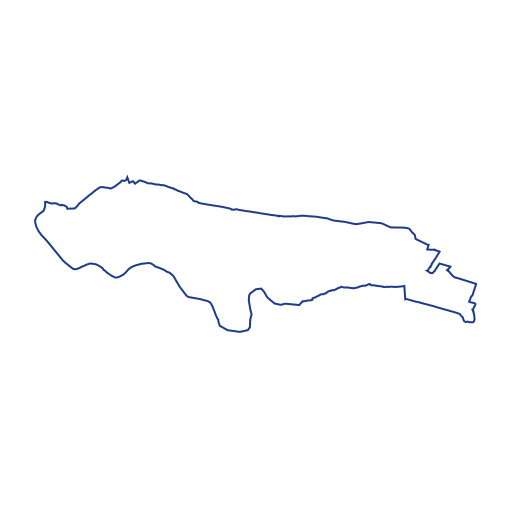 Bralostita, Dolj, Romania, rotated 172°
{"feature_id": "2599482B80334443229392", "entity_name": "Bralostita", "entity_type": "district", "adm_level": 2, "iso_a3": "ROU", "parent_name": "Romania", "parent_adm1": "Dolj", "projection": "mercator", "projection_center": [23.509, 44.502], "detail": "fine", "context": "isolated", "style": "outline", "palette": "blue", "viewbox_px": 512, "rotation_deg": 172, "n_neighbors": 0, "source": "geoboundaries", "source_scale": "gbopen_adm2", "svg_char_len": 5979}
<svg xmlns="http://www.w3.org/2000/svg" viewBox="0 0 512 512"><g transform="rotate(172 256 256)"><path d="M457.3,338.9L457.5,336.7L457.9,334.7L458.3,333.6L458.8,332.6L459.1,331.9L459.7,331.0L460.0,330.5L460.6,330.0L465.2,327.5L467.6,325.7L469.7,322.4L470.0,319.6L469.3,315.0L467.7,310.5L466.6,308.6L466.0,307.2L461.1,300.3L458.5,296.0L447.5,277.9L446.6,277.1L445.5,275.5L444.2,274.3L443.0,272.9L440.0,269.8L439.3,269.1L438.8,268.7L437.6,268.2L436.2,268.0L435.0,268.1L432.5,268.7L429.7,269.7L427.1,270.3L425.9,270.8L422.5,271.5L420.7,271.6L419.4,271.1L419.0,271.1L418.2,270.9L417.8,270.7L416.3,270.3L415.3,269.8L414.8,269.5L413.6,268.7L412.4,267.7L411.3,266.9L409.5,265.0L409.1,264.3L409.1,263.7L407.3,262.2L406.0,260.3L404.4,259.0L402.0,256.7L398.8,254.5L397.6,254.1L395.9,254.1L394.0,254.6L390.3,255.9L389.1,256.6L386.6,258.4L384.1,260.6L381.6,262.0L380.3,262.5L376.4,263.5L375.1,263.7L373.8,263.7L372.3,264.1L369.9,264.2L363.9,264.0L362.1,263.7L361.6,263.5L360.6,262.9L359.0,261.6L357.1,259.6L351.6,256.7L350.8,256.1L349.2,255.3L347.7,253.9L347.3,253.5L345.9,252.5L343.8,251.5L342.5,249.8L342.3,249.8L340.8,247.9L340.1,246.6L338.2,241.8L337.2,239.5L336.5,237.6L335.9,236.3L330.4,226.4L329.0,225.1L328.1,224.6L318.2,221.4L316.0,220.6L314.3,219.7L310.3,218.2L308.1,216.6L307.2,215.1L306.1,212.0L304.6,205.9L304.1,203.3L303.5,201.3L303.1,199.9L302.3,198.3L302.4,197.1L302.2,195.0L301.5,191.9L294.5,186.5L282.5,183.1L274.5,183.7L272.0,186.2L270.5,194.0L268.5,199.0L269.1,204.1L269.3,213.1L268.2,218.2L266.8,219.8L260.7,223.1L255.4,223.0L253.2,219.8L250.8,213.9L247.7,210.1L244.2,206.4L238.4,204.2L233.6,204.7L220.0,201.4L216.2,204.7L215.6,204.4L215.0,204.6L213.9,204.5L211.3,204.7L207.4,204.5L206.7,204.6L206.2,204.8L206.1,206.0L205.4,206.4L204.6,206.6L203.0,206.7L202.8,206.9L201.8,207.3L201.6,207.4L199.4,208.0L199.1,208.2L198.5,208.3L197.8,208.8L197.3,208.9L195.8,209.0L194.4,208.7L193.1,209.3L192.8,209.4L191.9,209.3L191.6,209.7L191.1,209.9L190.7,210.2L190.3,210.3L190.1,210.6L189.5,210.8L188.4,211.1L187.8,211.1L187.2,211.4L186.5,211.1L186.1,211.2L185.8,211.4L185.3,211.6L184.2,211.4L183.8,211.2L183.4,211.2L182.8,211.5L181.2,212.0L180.9,212.3L180.2,212.3L179.5,212.8L178.8,212.8L178.3,213.0L178.0,212.9L176.7,213.3L176.2,213.7L175.9,213.7L174.8,213.1L171.6,212.2L170.4,212.3L166.0,211.0L165.4,211.0L163.9,210.4L163.2,210.5L159.5,210.7L157.3,211.4L153.4,211.7L152.0,211.3L148.6,212.3L147.5,212.5L146.9,212.1L146.8,211.7L146.5,211.2L144.9,210.8L144.0,210.8L143.0,210.3L142.3,210.3L141.2,209.8L140.2,209.6L134.9,208.1L134.2,207.8L133.9,207.4L133.5,207.3L131.1,207.4L129.2,206.9L126.7,206.9L124.4,206.4L123.3,206.1L120.7,205.8L115.7,205.6L113.3,205.7L114.2,192.5L113.8,192.7L113.2,192.6L105.7,189.2L100.1,187.1L99.1,186.5L98.0,186.2L97.1,185.7L93.6,184.3L86.7,181.4L83.8,180.0L68.6,173.3L65.9,172.1L62.4,170.3L60.9,167.9L59.8,166.4L59.4,164.0L58.9,162.5L57.9,161.7L57.4,161.4L55.6,161.6L55.1,161.4L53.7,160.6L51.5,160.4L50.4,160.2L49.7,160.4L48.7,162.0L48.4,162.9L48.3,163.6L48.3,164.8L48.2,166.9L48.4,169.5L48.9,171.9L48.5,171.6L48.6,172.8L47.1,175.3L46.8,175.4L46.6,175.6L45.5,177.5L45.4,178.0L46.3,178.9L46.9,179.2L50.1,180.4L51.3,181.1L49.9,183.5L48.8,185.7L47.1,187.0L42.0,197.4L42.0,197.8L54.4,203.7L58.9,205.8L61.8,207.0L63.4,208.2L66.2,212.3L67.8,215.0L68.2,214.8L68.8,215.4L67.0,216.6L65.7,217.6L65.0,218.4L75.3,223.0L80.3,217.4L80.8,216.5L81.5,216.2L83.3,214.6L83.8,214.5L85.0,214.8L85.4,214.7L88.5,217.5L88.2,217.5L87.7,217.9L87.0,219.1L86.6,219.3L86.2,219.8L85.9,220.3L85.6,220.6L84.7,220.8L84.6,221.0L84.4,221.8L83.9,222.1L83.5,222.8L83.2,223.1L83.3,223.4L83.2,223.7L82.9,223.9L82.3,224.6L81.9,224.9L81.7,225.2L77.8,229.6L73.6,234.7L74.1,235.1L76.8,236.4L77.3,236.7L77.5,237.0L77.8,237.2L78.1,236.9L78.5,237.1L78.6,237.4L79.2,237.6L80.1,237.6L82.0,237.9L83.3,238.2L83.6,238.2L85.1,238.5L85.6,238.7L83.5,243.0L84.9,243.5L92.7,248.8L93.7,249.3L94.1,249.6L94.4,250.0L95.6,250.8L95.7,252.9L95.8,253.5L95.8,254.6L95.9,254.9L96.1,255.3L96.7,255.8L97.5,257.0L98.1,257.6L100.2,261.4L100.8,261.9L103.6,263.0L107.7,263.9L113.9,264.8L114.6,265.1L115.1,265.1L115.6,265.0L118.2,265.5L118.8,265.7L119.7,266.2L125.9,270.2L127.3,271.0L134.2,272.7L139.9,274.0L146.1,273.7L151.9,273.5L153.6,274.0L155.7,274.6L159.3,276.0L163.8,277.6L173.0,280.0L174.9,280.6L177.5,281.9L179.7,283.1L181.2,283.7L183.0,284.1L191.2,286.6L199.3,288.3L199.7,288.5L200.5,288.7L203.7,289.3L206.0,289.6L208.4,289.6L211.8,289.8L213.7,290.3L215.6,290.3L219.9,290.9L223.1,291.3L227.3,292.6L227.6,292.1L228.6,292.5L229.3,292.9L233.4,294.1L235.6,294.6L237.6,295.3L245.1,297.5L248.2,298.6L250.1,299.1L255.5,300.8L259.8,301.9L260.8,302.3L266.3,304.0L268.5,304.9L269.6,305.1L270.7,304.9L271.8,304.9L272.9,305.3L273.6,305.3L274.1,305.9L275.1,306.6L283.1,309.5L288.0,311.0L290.3,311.7L291.0,311.9L297.5,313.9L305.4,316.5L305.5,317.0L306.4,317.7L307.5,318.2L309.4,318.8L310.1,319.2L310.4,319.6L311.0,320.7L313.4,323.7L314.0,324.7L314.9,326.0L316.0,327.1L320.9,329.6L321.3,329.9L321.7,330.3L323.9,331.2L325.7,332.6L327.1,333.4L327.5,333.6L327.8,333.6L328.1,334.2L328.5,334.5L330.4,335.1L331.5,335.8L333.1,336.5L335.0,337.7L337.7,339.0L340.1,339.4L342.5,340.3L344.9,340.7L345.9,341.0L349.6,342.5L351.4,342.7L352.5,342.9L353.6,343.4L355.2,344.6L360.3,347.0L361.3,346.9L363.4,345.6L364.8,345.1L365.7,344.5L367.4,347.2L371.3,346.1L372.5,351.8L373.1,350.7L373.9,349.6L374.4,349.1L376.0,348.7L377.0,349.0L377.4,349.3L378.5,349.3L379.0,349.0L379.4,348.3L380.4,347.7L381.7,347.0L383.4,346.0L387.2,344.0L390.8,343.0L391.9,343.7L398.5,345.6L400.5,345.8L401.8,345.4L406.1,343.2L410.2,340.7L412.1,339.7L418.4,335.8L423.6,332.7L426.0,330.4L428.6,328.4L430.9,328.5L432.4,328.6L433.4,328.9L435.9,328.9L436.2,329.0L436.4,329.4L436.5,330.8L437.6,331.9L439.0,332.8L440.2,333.2L441.2,333.7L441.5,333.4L442.0,333.3L442.7,333.5L443.4,334.0L445.0,334.7L445.5,335.2L445.7,335.5L446.7,335.9L447.7,336.2L448.8,336.4L449.6,336.3L451.2,336.4L453.4,337.5L454.0,337.7L456.2,338.9L457.3,338.9Z" fill="none" stroke="#1e3a8a" stroke-width="2"/></g></svg>